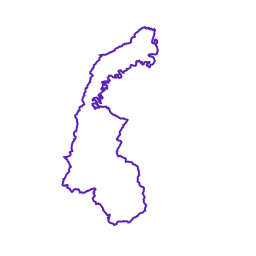 Tsoelikana, Qacha's Nek, Lesotho (Robinson projection), rotated 137°
{"feature_id": "5366337B78317491468351", "entity_name": "Tsoelikana", "entity_type": "district", "adm_level": 2, "iso_a3": "LSO", "parent_name": "Lesotho", "parent_adm1": "Qacha's Nek", "projection": "robinson", "projection_center": [28.859, -29.907], "detail": "fine", "context": "isolated", "style": "outline", "palette": "violet", "viewbox_px": 256, "rotation_deg": 137, "n_neighbors": 0, "source": "geoboundaries", "source_scale": "gbopen_adm2", "svg_char_len": 5954}
<svg xmlns="http://www.w3.org/2000/svg" viewBox="0 0 256 256"><g transform="rotate(137 128 128)"><path d="M41.3,181.2L41.4,182.5L43.0,182.7L43.2,184.6L44.1,184.6L44.0,185.3L45.0,186.0L45.1,186.3L44.4,186.8L44.5,187.2L46.6,188.2L46.5,188.8L46.9,189.0L46.7,189.2L46.7,190.1L49.3,191.4L49.7,191.2L51.0,191.7L52.1,191.6L53.3,192.1L54.0,191.7L55.0,191.6L57.7,192.2L59.9,191.7L60.8,190.1L61.1,190.0L62.6,191.2L64.9,191.0L66.4,189.7L66.8,188.9L68.2,188.8L70.2,189.7L71.7,191.0L72.7,191.3L73.0,191.8L73.9,191.8L74.7,192.4L76.7,192.0L76.8,192.3L77.8,192.6L79.2,193.6L79.9,193.4L82.5,194.3L84.2,194.5L84.8,193.8L88.9,195.0L89.1,195.5L92.4,196.1L94.7,197.1L96.8,199.1L98.7,200.2L98.4,198.7L100.9,198.7L102.2,197.5L106.3,197.5L108.5,196.9L109.6,197.4L110.2,197.3L110.9,196.4L112.9,195.3L113.4,195.7L115.6,194.9L117.4,194.7L118.5,193.5L117.9,192.1L118.0,190.3L121.5,190.2L121.8,189.3L123.2,188.7L124.4,187.4L125.3,187.7L127.7,186.8L129.0,186.8L129.9,185.5L130.9,185.4L131.8,186.0L134.4,183.6L136.9,183.1L137.6,181.4L138.9,181.5L142.0,180.1L142.4,179.7L143.1,176.8L143.9,175.1L144.3,175.0L145.6,175.6L147.3,175.3L148.2,176.2L148.8,176.1L149.5,176.1L151.5,173.9L152.6,174.5L153.2,173.8L154.3,173.9L155.6,172.9L157.7,173.4L159.0,172.2L159.5,169.3L160.1,168.2L161.0,167.5L161.6,165.8L167.9,161.1L168.3,161.0L169.8,161.7L171.4,160.9L172.6,159.0L172.3,157.2L172.6,156.8L174.2,156.1L175.2,156.6L175.8,155.5L177.8,155.5L180.3,154.0L183.1,151.8L184.4,149.0L186.4,150.0L187.4,149.7L187.4,148.6L188.0,147.7L189.7,147.4L192.6,148.6L194.4,150.0L194.4,148.7L194.0,146.2L194.6,145.2L195.0,142.3L196.1,140.4L195.9,139.1L196.3,138.5L197.6,138.8L200.0,137.4L200.5,136.4L201.6,136.1L204.6,136.0L208.6,134.3L209.1,134.2L210.2,134.7L210.8,133.4L211.9,133.1L214.7,131.1L214.6,129.9L213.2,129.0L213.3,128.4L212.0,128.2L211.2,127.6L211.3,127.0L212.9,126.1L213.1,125.5L211.9,123.5L212.6,122.5L212.4,121.2L212.7,119.5L212.0,119.2L210.2,119.8L207.9,119.3L207.1,117.4L206.1,117.0L206.0,115.9L207.2,113.6L205.8,112.7L205.4,111.7L204.5,110.7L203.4,110.2L201.1,110.0L200.5,109.7L200.4,109.2L199.3,109.1L198.4,108.6L196.8,108.6L195.5,107.5L193.9,107.0L193.5,106.6L193.6,105.3L196.3,104.8L196.7,103.9L197.3,104.1L197.6,103.5L198.1,103.4L198.4,101.1L199.0,100.8L201.3,100.8L202.0,100.4L202.9,98.0L202.1,95.8L202.9,95.0L203.2,93.9L201.1,93.2L201.2,92.2L200.5,91.5L200.5,90.8L201.1,86.4L201.5,85.5L202.2,85.1L202.3,80.4L202.7,78.7L200.5,77.0L202.1,75.8L202.9,76.3L204.1,76.2L204.1,75.4L203.8,74.7L205.4,74.0L205.9,72.2L205.7,70.7L203.9,67.9L204.3,66.7L202.3,65.6L201.7,65.6L200.4,66.5L199.1,66.3L198.0,65.5L196.2,63.5L194.8,63.1L193.9,61.7L192.5,60.6L191.9,59.2L192.2,58.7L191.4,58.2L190.5,58.0L185.0,58.5L183.2,57.5L182.1,57.6L180.5,57.0L179.9,57.4L177.7,57.5L176.2,56.9L174.9,56.1L172.4,56.2L171.6,55.8L170.9,57.5L167.4,58.9L167.3,61.9L167.0,63.0L165.9,64.1L165.4,65.1L163.0,66.0L162.3,68.5L162.4,69.4L162.2,69.9L161.1,70.6L160.0,70.7L157.4,73.1L157.1,74.2L158.0,75.6L158.5,77.7L158.1,79.0L157.0,80.5L157.6,82.1L154.4,85.3L153.3,85.7L151.9,85.8L151.3,87.2L149.5,88.8L149.0,90.9L148.4,91.2L147.4,92.7L147.8,96.4L148.9,97.7L149.1,98.3L148.6,99.3L148.5,100.1L150.8,103.3L152.7,104.7L150.4,107.3L152.3,111.0L152.5,112.9L154.4,113.8L154.3,114.9L152.7,118.1L152.6,118.3L151.5,118.3L151.0,119.1L149.7,119.8L147.4,120.2L142.6,122.0L142.2,123.6L143.4,125.0L143.4,125.7L143.9,126.8L144.0,127.3L143.7,127.6L141.4,127.9L140.7,128.5L138.2,128.5L137.3,130.3L136.3,131.0L133.8,131.4L132.6,132.1L130.8,131.9L129.3,133.4L128.9,133.0L126.9,133.3L126.4,133.1L122.8,134.2L122.9,134.7L124.6,137.1L124.7,138.2L126.8,139.7L127.5,141.5L127.7,143.3L128.7,144.9L128.5,145.9L129.0,146.5L129.0,147.0L129.9,147.8L129.8,149.2L130.2,150.7L130.0,152.1L129.2,154.1L128.6,154.7L129.2,155.5L129.1,155.8L128.7,155.7L128.7,156.2L129.2,156.3L129.3,157.0L129.7,157.1L129.4,158.6L132.5,160.9L132.6,161.7L133.2,162.0L133.3,162.6L134.5,163.6L134.9,163.4L135.1,162.7L135.4,162.6L137.4,164.9L137.7,165.0L138.2,164.3L139.0,164.5L138.9,165.8L138.1,166.7L138.4,168.8L137.7,169.9L136.7,169.6L136.0,168.8L135.2,168.5L134.4,166.9L134.4,166.3L134.8,165.8L134.7,165.1L134.4,165.1L134.1,166.6L133.2,167.6L133.1,170.5L133.7,171.9L134.9,172.0L134.8,172.8L132.5,173.1L130.1,171.6L130.0,171.0L130.4,169.9L130.7,167.4L131.2,166.3L131.2,165.1L130.8,164.7L130.1,166.3L129.3,166.9L128.6,169.3L128.2,169.7L127.2,169.7L127.1,167.8L126.9,167.3L126.1,167.3L125.8,167.6L125.6,170.4L126.9,170.4L127.3,171.3L127.3,172.0L126.6,172.3L125.3,172.0L121.7,172.0L119.2,171.7L119.1,172.8L120.3,172.7L121.1,174.5L120.8,174.9L119.0,175.3L119.0,174.0L118.7,173.2L117.1,172.5L116.7,171.1L116.0,171.3L115.5,172.6L114.6,172.7L114.6,174.5L113.7,176.5L114.2,176.6L115.5,175.5L117.3,176.0L115.9,177.3L116.0,178.8L115.6,179.2L113.5,178.2L112.0,177.0L111.4,175.7L111.8,175.4L111.8,174.8L111.3,174.5L109.8,176.3L109.4,175.2L109.0,175.2L108.8,175.8L109.0,176.7L108.6,177.6L108.5,178.6L107.0,178.7L106.2,179.2L105.0,178.3L104.6,177.6L104.3,175.2L102.3,172.9L102.0,173.0L102.3,174.7L101.3,175.5L99.6,174.6L98.9,173.9L98.8,173.4L99.7,172.6L100.5,172.4L100.7,171.5L100.2,170.6L98.4,169.6L97.9,169.9L96.9,171.8L97.1,173.3L96.2,175.1L96.2,176.0L95.7,176.1L94.9,175.8L94.0,175.1L94.3,174.6L94.0,173.6L94.2,172.1L93.7,171.4L92.1,172.2L89.6,171.1L88.9,171.3L88.9,171.8L88.5,172.1L87.1,170.8L84.6,170.8L83.6,171.8L82.9,172.0L82.0,171.1L81.6,170.0L80.1,168.3L78.5,169.0L76.8,170.9L75.9,170.9L75.8,170.1L74.4,169.3L73.7,170.4L74.1,167.3L73.1,167.1L72.9,166.8L73.3,166.0L74.2,165.5L73.8,164.2L72.9,164.0L71.5,164.8L70.2,164.4L69.0,162.8L67.3,161.6L67.8,161.1L70.2,161.8L71.4,161.4L71.7,160.8L71.0,159.8L71.0,158.0L70.4,157.7L68.6,158.9L66.9,157.8L65.6,157.7L62.6,158.8L61.5,161.4L61.4,163.2L63.3,165.8L63.4,167.1L62.8,167.4L60.1,165.8L58.0,163.3L56.9,162.5L56.3,162.6L55.0,163.6L53.6,164.1L51.8,166.9L50.9,170.1L48.4,170.5L47.1,172.3L47.5,173.9L48.2,174.1L50.5,172.3L51.3,172.1L52.0,173.4L52.0,174.3L50.0,175.8L44.9,178.5L42.8,180.5L41.3,181.2Z" fill="none" stroke="#5b21b6" stroke-width="2"/></g></svg>